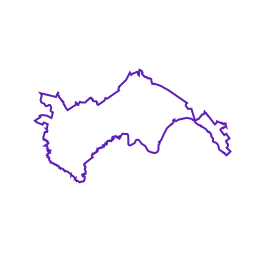 Hauraki District, Waikato, New Zealand (Albers equal-area conic projection), rotated 146°
{"feature_id": "76426892B20926799897700", "entity_name": "Hauraki District", "entity_type": "district", "adm_level": 2, "iso_a3": "NZL", "parent_name": "New Zealand", "parent_adm1": "Waikato", "projection": "albers", "projection_center": [175.627, -37.294], "detail": "fine", "context": "isolated", "style": "outline", "palette": "violet", "viewbox_px": 256, "rotation_deg": 146, "n_neighbors": 0, "source": "geoboundaries", "source_scale": "gbopen_adm2", "svg_char_len": 5856}
<svg xmlns="http://www.w3.org/2000/svg" viewBox="0 0 256 256"><g transform="rotate(146 128 128)"><path d="M118.9,91.8L117.0,91.8L115.3,92.5L111.9,97.1L110.7,97.3L110.0,98.0L110.2,99.0L107.9,99.2L106.7,99.8L101.6,102.9L95.9,106.0L92.3,106.6L90.0,106.6L89.8,107.0L89.2,106.7L87.5,107.2L86.7,107.9L86.5,108.8L86.1,108.8L85.6,109.3L84.9,109.0L85.2,108.8L85.5,107.9L84.8,107.1L83.6,106.7L81.8,106.7L79.7,106.0L78.9,106.3L79.2,106.0L78.3,105.4L73.8,103.6L70.2,100.1L69.9,99.5L69.9,98.6L68.9,97.7L68.6,96.4L68.3,96.7L64.7,108.5L67.5,110.3L67.7,114.3L66.2,115.6L65.1,115.7L73.4,136.9L77.7,145.2L81.3,149.8L82.0,149.9L83.2,151.1L82.7,151.7L82.7,153.2L81.4,155.5L81.7,156.5L82.1,156.6L82.2,157.0L83.4,157.7L83.6,158.7L84.1,158.7L84.2,159.8L85.4,160.9L85.7,161.6L85.6,162.2L85.9,162.5L85.8,163.2L86.2,164.8L85.8,165.5L84.9,165.9L85.0,166.4L84.7,167.8L85.9,169.8L89.5,165.6L89.7,166.7L89.1,168.1L88.9,169.4L94.0,170.5L95.6,170.2L95.4,172.9L102.7,168.9L112.4,167.2L112.4,166.8L113.5,166.2L114.5,165.1L114.6,164.6L114.5,164.2L129.0,164.0L129.9,165.4L132.2,163.9L139.9,163.8L140.2,164.5L140.1,165.6L139.4,166.1L139.4,168.0L140.6,168.6L141.9,169.9L141.8,170.5L141.2,171.1L141.8,171.9L141.9,172.6L141.5,172.8L141.8,173.9L142.6,173.9L143.2,174.2L145.6,173.6L146.2,173.8L148.4,173.1L149.2,173.1L152.0,174.9L153.3,176.6L155.9,175.3L157.0,178.4L157.3,178.2L157.0,175.5L158.3,176.4L168.1,176.6L168.3,179.0L168.2,181.2L167.8,182.1L168.1,183.4L167.7,184.0L167.5,185.2L167.1,185.5L167.5,186.3L167.2,186.4L167.4,187.0L167.2,187.2L167.6,188.1L167.6,189.9L167.8,190.2L167.6,191.2L167.9,192.4L167.4,193.2L167.3,193.9L167.7,194.9L165.5,196.9L170.3,194.0L181.1,205.8L181.0,204.7L181.3,203.2L184.5,200.5L185.1,199.4L185.5,197.9L185.0,196.5L183.8,195.0L184.0,193.2L183.7,191.9L183.0,191.5L180.5,191.2L179.9,190.8L179.8,190.4L180.0,188.5L180.4,187.6L182.3,186.0L182.5,185.2L182.3,184.1L181.5,182.9L185.9,179.1L188.4,183.6L191.6,186.5L193.4,187.4L194.6,187.5L194.6,186.0L201.1,186.1L200.4,183.5L199.8,182.9L199.6,182.3L196.9,178.5L194.9,179.7L192.4,176.1L195.7,172.8L196.2,173.2L196.1,172.8L196.5,171.8L196.2,171.0L197.3,170.0L199.2,171.1L203.7,167.3L204.0,166.6L204.5,165.7L203.9,165.1L203.3,165.0L203.2,164.3L203.4,164.2L202.7,163.2L202.9,163.2L202.8,161.4L202.3,161.4L202.3,160.2L202.6,159.7L207.0,159.8L206.8,159.6L205.7,159.7L205.3,159.3L205.4,158.7L205.2,158.6L205.2,158.1L205.9,156.2L206.4,156.2L206.2,154.8L207.3,154.6L207.4,153.7L206.3,153.1L205.6,153.6L205.3,153.2L205.6,152.7L205.2,152.6L206.4,151.4L206.6,151.6L206.6,151.1L208.0,151.6L208.4,151.6L208.4,151.3L209.9,151.2L210.6,150.8L210.0,149.8L210.2,148.9L210.7,148.8L210.5,148.6L210.7,148.4L209.9,147.7L210.3,146.5L211.0,146.1L211.3,144.9L210.8,143.7L211.4,142.9L211.0,142.8L210.7,141.9L210.2,141.4L210.3,141.2L209.9,141.1L209.4,139.3L209.0,139.3L208.8,139.0L208.9,138.3L208.1,137.8L207.8,137.0L207.9,136.6L207.5,136.6L206.9,135.7L207.2,134.7L206.9,134.2L207.1,133.8L206.9,133.6L207.2,133.4L206.6,132.7L206.7,131.9L205.9,132.0L204.8,130.4L204.5,128.8L204.8,128.6L204.4,127.9L204.5,127.4L203.7,127.2L202.9,126.2L202.2,124.8L201.1,121.3L201.5,120.7L201.3,120.8L201.4,120.6L200.9,119.9L200.4,118.6L200.5,118.4L200.1,116.8L199.6,116.1L200.1,115.7L199.7,115.7L200.2,115.3L200.5,114.8L200.3,114.3L200.5,113.7L200.2,113.4L200.2,112.7L199.4,112.6L198.5,110.0L198.0,109.8L197.0,109.9L195.6,108.9L194.5,108.6L192.2,110.1L191.8,111.0L191.2,111.6L191.4,112.3L192.3,112.9L192.5,113.8L192.1,115.0L190.7,114.5L190.7,114.3L190.3,114.5L190.1,114.2L189.9,114.4L189.4,114.3L189.4,113.7L188.8,113.7L188.3,114.3L188.3,114.7L187.4,115.5L187.1,117.2L186.7,118.1L186.3,118.2L186.3,118.7L185.5,119.2L185.2,119.2L184.8,120.6L185.0,120.8L184.7,121.2L185.0,121.8L184.4,122.7L175.8,123.4L173.6,123.4L173.5,125.2L173.3,125.7L172.5,125.8L171.7,126.5L171.1,125.7L170.7,125.9L170.0,125.7L169.5,125.8L169.4,126.0L167.7,125.5L167.4,126.1L166.2,126.0L166.2,126.7L165.5,126.6L165.3,127.6L164.9,128.0L164.2,127.3L162.7,127.5L161.7,126.6L161.2,127.0L160.2,126.2L159.5,126.3L158.5,125.9L158.1,126.3L158.4,127.6L157.7,127.5L157.2,127.0L156.6,127.0L155.4,127.9L155.2,127.5L155.3,126.5L155.0,126.3L154.2,127.0L154.1,127.5L153.7,127.4L153.5,128.3L152.0,128.6L151.3,128.1L150.2,128.0L150.2,127.6L149.8,127.3L150.0,127.1L149.2,126.4L148.6,126.9L147.3,126.8L147.4,127.2L146.8,127.2L146.8,127.6L146.3,127.3L145.7,127.3L146.1,129.0L145.3,129.1L143.3,128.3L143.1,127.8L142.8,127.9L142.9,127.4L142.3,127.1L142.3,126.8L142.1,126.6L142.3,126.3L142.2,125.9L141.2,125.9L141.1,124.9L140.7,124.5L141.3,124.3L141.1,123.9L140.1,124.4L140.4,125.1L140.0,126.0L138.6,125.2L136.1,126.3L135.2,126.0L134.0,124.8L131.9,123.4L131.8,122.9L131.9,122.2L133.3,119.6L136.6,114.7L136.8,113.8L136.6,112.9L135.7,112.2L131.6,111.9L130.4,112.0L128.4,113.4L127.4,113.3L126.2,112.7L125.7,111.4L125.4,107.0L123.9,103.8L123.8,102.1L124.2,98.9L124.1,98.0L123.5,96.6L122.4,95.0L120.7,93.1L118.9,91.8ZM68.4,96.2L68.3,95.9L68.5,96.1L69.0,95.8L69.2,95.4L68.7,93.5L67.8,91.3L66.1,88.9L66.0,87.9L65.5,87.7L66.1,87.8L65.1,86.1L64.0,83.3L64.0,81.7L63.8,81.3L64.0,80.5L63.4,79.2L63.2,79.0L62.8,79.2L62.5,78.1L62.7,75.8L63.0,75.2L63.5,75.0L63.6,73.1L63.4,72.0L63.6,71.3L65.0,69.6L64.6,68.2L63.7,67.4L63.9,67.5L63.2,66.3L62.8,64.5L63.1,62.5L64.2,60.0L64.3,58.4L63.7,57.5L63.6,56.5L62.8,55.3L62.9,54.3L61.9,53.1L62.1,52.2L61.6,51.2L61.8,50.6L61.6,50.2L56.2,51.2L57.2,56.4L55.3,57.1L54.2,58.5L54.4,59.0L54.3,59.6L54.6,60.7L53.8,62.0L54.8,62.4L49.7,62.6L49.8,68.3L52.2,68.3L52.4,74.9L50.3,75.5L49.2,74.7L48.9,75.2L48.6,75.2L47.6,74.6L46.4,74.9L46.0,74.7L45.9,74.1L45.5,75.1L45.7,75.4L45.0,76.8L44.6,77.1L45.4,77.9L46.7,77.7L47.1,78.6L46.9,78.8L47.0,80.1L46.8,80.3L47.9,79.7L50.5,83.8L52.0,82.6L54.0,82.4L54.7,93.8L54.9,93.8L54.9,96.1L55.2,96.0L55.4,98.7L57.2,97.1L58.3,97.3L59.3,97.8L60.6,97.1L61.0,97.1L64.2,96.0L65.9,96.6L66.5,96.3L67.9,96.6L67.8,96.3L68.4,96.2Z" fill="none" stroke="#5b21b6" stroke-width="2"/></g></svg>